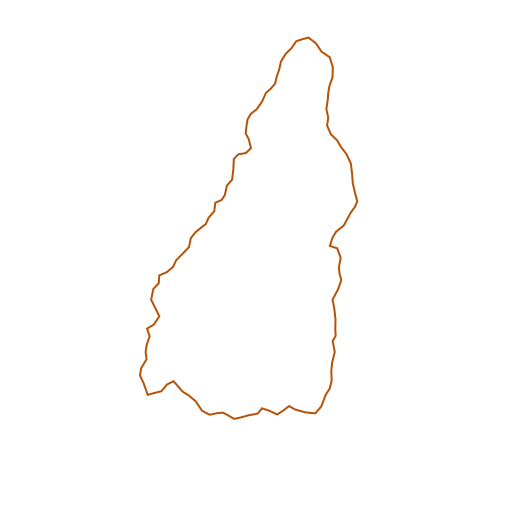 the district of Chapadão do Lageado, Santa Catarina, Brazil, rotated 150°
{"feature_id": "56859067B87802320520562", "entity_name": "Chapadão do Lageado", "entity_type": "district", "adm_level": 2, "iso_a3": "BRA", "parent_name": "Brazil", "parent_adm1": "Santa Catarina", "projection": "albers", "projection_center": [-49.558, -27.587], "detail": "fine", "context": "isolated", "style": "outline", "palette": "amber", "viewbox_px": 512, "rotation_deg": 150, "n_neighbors": 0, "source": "geoboundaries", "source_scale": "gbopen_adm2", "svg_char_len": 1694}
<svg xmlns="http://www.w3.org/2000/svg" viewBox="0 0 512 512"><g transform="rotate(150 256 256)"><path d="M416.3,210.4L416.9,202.2L419.2,189.9L411.5,187.9L405.5,186.2L397.3,189.2L390.0,188.8L388.8,182.7L387.3,175.1L383.9,168.7L380.9,160.4L380.1,148.9L375.5,141.7L368.2,139.3L363.0,136.9L359.5,131.4L356.4,125.9L350.4,123.9L342.2,121.8L333.4,118.7L327.0,121.1L321.9,115.4L316.9,108.2L310.0,108.5L302.4,109.5L298.8,103.4L291.3,95.8L283.3,90.1L274.9,93.0L269.7,97.1L264.9,101.0L258.5,104.3L252.8,110.2L248.6,118.3L243.4,125.6L235.8,133.5L232.1,144.0L226.9,147.1L223.9,153.0L218.8,161.5L214.5,171.3L211.5,180.0L201.6,186.1L194.2,192.5L192.5,198.8L190.0,204.6L183.6,212.1L181.8,222.0L187.0,227.8L180.7,233.5L174.5,237.0L164.8,238.5L157.6,242.9L152.1,246.3L145.8,249.0L141.0,252.7L138.5,261.9L135.8,270.6L131.9,278.7L127.6,288.7L126.7,299.2L127.9,307.8L127.9,315.6L130.3,323.9L129.2,333.5L124.3,339.6L121.6,348.1L115.6,355.6L112.1,360.8L107.7,366.2L100.1,372.8L95.0,381.3L92.8,391.3L97.1,400.2L97.7,410.1L101.3,418.9L108.1,420.7L113.8,421.9L121.4,418.2L129.3,416.2L137.1,412.0L143.1,405.5L148.3,401.1L153.3,395.7L159.7,393.5L165.8,392.3L173.6,386.7L182.1,382.7L189.4,381.7L194.9,378.6L198.9,373.8L203.6,367.3L203.9,360.7L206.4,352.0L213.4,350.2L220.4,352.9L226.7,351.1L232.4,342.2L238.5,334.1L246.1,331.4L252.4,324.5L257.6,321.7L264.6,322.5L269.7,315.7L277.9,312.9L283.4,308.8L290.0,307.9L296.7,306.8L303.6,304.0L309.5,297.2L319.1,294.5L327.3,292.2L333.3,288.0L341.5,286.6L349.4,287.6L353.8,281.1L361.5,278.7L368.7,270.5L369.3,260.6L369.9,252.1L378.8,247.7L386.7,247.6L388.2,239.7L395.2,233.6L399.7,227.9L402.4,221.3L411.5,216.3L416.3,210.4Z" fill="none" stroke="#b45309" stroke-width="2"/></g></svg>